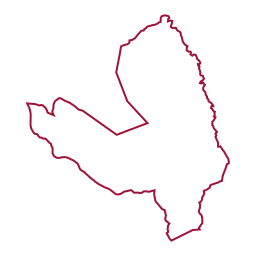 outline of Santa Fé de Goiás, Goiás, Brazil
{"feature_id": "56859067B58729650453779", "entity_name": "Santa Fé de Goiás", "entity_type": "district", "adm_level": 2, "iso_a3": "BRA", "parent_name": "Brazil", "parent_adm1": "Goiás", "projection": "albers", "projection_center": [-51.164, -15.663], "detail": "fine", "context": "isolated", "style": "outline", "palette": "rose", "viewbox_px": 256, "rotation_deg": 0, "n_neighbors": 0, "source": "geoboundaries", "source_scale": "gbopen_adm2", "svg_char_len": 3211}
<svg xmlns="http://www.w3.org/2000/svg" viewBox="0 0 256 256"><path d="M120.8,47.7L119.9,53.4L116.2,72.3L127.3,101.2L147.5,123.1L116.7,134.8L82.4,110.5L79.8,109.9L78.5,109.5L74.8,106.2L69.6,102.7L65.6,101.1L61.0,98.5L59.3,98.1L56.7,99.8L54.9,101.4L53.6,104.2L53.3,108.6L52.2,112.0L53.7,115.2L47.6,112.6L46.9,110.4L45.9,108.3L42.8,105.4L41.3,105.0L39.9,105.3L38.7,105.3L36.6,104.5L34.5,104.0L31.5,103.8L27.2,103.4L29.6,108.7L30.3,111.4L30.7,114.2L30.5,124.8L30.9,127.2L31.6,129.3L33.9,133.0L35.0,133.8L37.2,134.2L38.9,136.6L39.9,137.5L41.5,137.6L43.3,138.7L45.1,138.5L47.0,140.1L49.5,142.9L50.9,143.7L51.3,145.9L52.4,147.3L52.6,148.6L52.6,153.5L54.2,156.3L57.1,157.9L59.9,157.9L62.2,157.2L65.6,157.1L69.0,158.3L73.5,160.5L77.5,163.5L78.4,165.2L80.0,169.1L81.4,170.4L84.5,172.1L86.1,173.9L87.5,175.1L89.0,176.6L92.6,179.6L93.8,180.3L95.2,181.7L99.1,184.3L101.7,185.7L104.4,187.2L107.9,188.5L110.3,189.8L115.7,194.1L118.2,194.5L120.9,193.8L124.0,191.7L127.9,190.9L130.0,190.3L131.4,190.2L134.0,192.7L137.9,192.6L140.5,193.2L141.9,192.7L144.0,191.3L146.1,191.3L148.9,191.8L154.5,190.3L154.1,194.0L155.2,200.1L155.7,201.4L162.1,209.1L164.6,210.0L165.9,215.4L165.2,219.2L165.8,220.7L169.4,223.5L168.0,225.7L167.6,229.3L168.3,231.8L166.6,233.2L169.8,238.9L171.4,240.6L173.0,239.8L192.8,230.0L199.7,229.5L198.9,228.1L201.2,224.5L202.3,223.2L202.4,221.6L202.2,218.1L201.5,215.2L199.5,213.2L198.8,211.2L199.9,207.8L200.2,204.8L199.3,202.6L200.9,201.7L202.1,199.5L202.1,197.4L203.4,195.5L204.3,193.4L203.7,191.1L207.3,189.3L209.7,187.7L210.2,185.4L211.7,184.6L218.4,182.4L220.3,181.2L221.9,180.9L222.7,176.0L224.1,172.1L225.1,169.8L227.0,164.1L228.7,163.4L228.8,161.5L228.5,159.5L227.6,157.7L225.3,153.9L224.3,151.9L222.7,149.9L221.5,148.0L220.2,146.4L218.1,146.7L218.1,144.7L218.1,142.6L217.1,140.6L216.2,138.6L215.5,136.7L216.4,135.4L215.5,133.6L217.0,132.0L215.5,130.2L213.8,128.2L213.1,125.9L212.1,125.0L212.5,123.5L212.2,122.0L213.7,120.4L215.5,117.3L213.9,116.5L214.8,115.1L214.4,113.3L214.9,111.8L213.1,110.7L212.1,108.7L211.0,108.0L211.6,106.1L213.3,106.2L212.8,104.9L211.1,102.9L208.6,101.3L208.2,99.2L207.0,98.0L207.0,96.4L205.9,95.3L205.5,93.6L205.3,92.0L204.3,91.2L203.3,89.9L203.1,88.2L203.6,86.7L204.9,84.9L202.9,82.6L201.4,83.5L199.9,83.1L200.7,81.6L203.0,80.0L204.0,78.7L203.4,77.5L202.7,75.7L200.9,75.4L200.1,74.3L200.3,72.7L199.8,70.2L198.9,68.3L199.5,66.7L198.2,65.5L198.0,64.0L199.3,64.5L200.3,63.0L199.5,61.1L198.4,60.0L197.1,58.9L196.7,57.1L195.7,54.9L193.7,54.5L192.3,55.7L190.4,54.3L191.1,52.4L190.1,51.5L188.5,51.6L186.7,50.3L186.8,47.5L187.5,46.2L185.6,45.1L184.2,43.8L183.0,41.8L182.4,40.3L182.2,38.6L181.5,36.5L180.8,35.2L180.8,33.4L180.3,32.2L178.8,31.3L177.7,30.6L176.4,29.1L176.0,27.8L172.6,28.0L170.7,26.8L171.8,23.6L172.3,21.0L170.4,20.5L168.0,21.4L168.2,18.9L169.3,17.8L168.6,16.2L166.5,15.6L164.1,15.4L161.6,16.3L160.7,18.2L160.7,20.2L160.7,21.9L159.3,22.2L158.0,23.2L156.9,23.9L155.0,24.7L152.2,25.2L150.7,25.7L149.1,26.0L147.0,26.8L146.0,28.3L144.4,29.0L143.6,30.6L142.1,30.6L140.8,31.1L139.8,32.5L137.8,34.6L136.4,36.5L135.1,38.2L133.6,39.0L132.6,39.8L129.5,40.4L129.5,42.1L128.8,43.2L127.4,44.3L124.7,44.9L121.3,46.2L120.8,47.7Z" fill="none" stroke="#9f1239" stroke-width="2"/></svg>